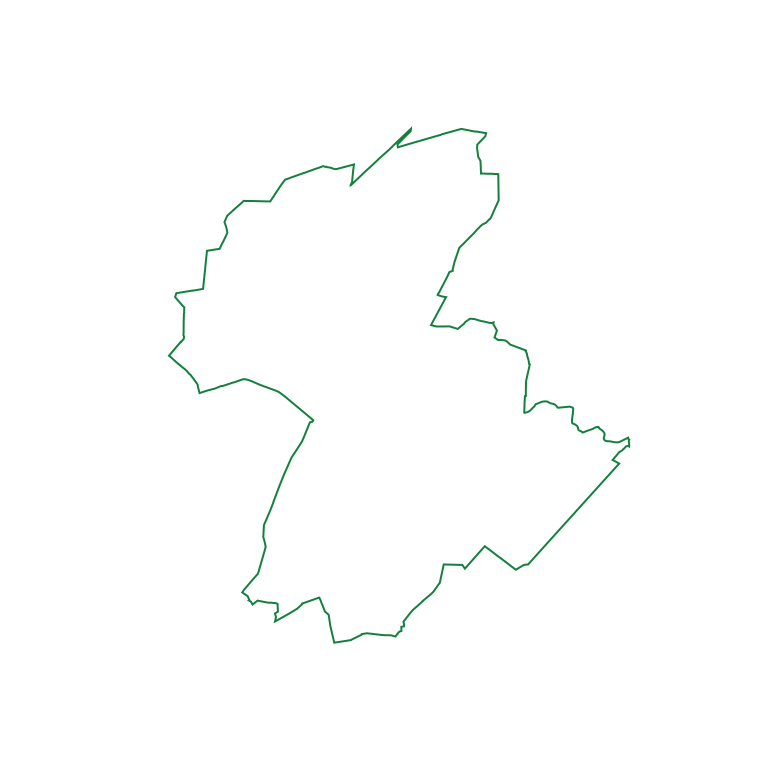 Dekšāres pag., Vilanu, Latvia, rotated 136°
{"feature_id": "27541924B87900075837764", "entity_name": "Dekšāres pag.", "entity_type": "district", "adm_level": 2, "iso_a3": "LVA", "parent_name": "Latvia", "parent_adm1": "Vilanu", "projection": "natural_earth1", "projection_center": [26.82, 56.612], "detail": "fine", "context": "isolated", "style": "outline", "palette": "green", "viewbox_px": 768, "rotation_deg": 136, "n_neighbors": 0, "source": "geoboundaries", "source_scale": "gbopen_adm2", "svg_char_len": 6094}
<svg xmlns="http://www.w3.org/2000/svg" viewBox="0 0 768 768"><g transform="rotate(136 384 384)"><path d="M270.1,163.4L272.3,170.5L261.9,171.6L259.8,171.0L258.6,170.8L257.4,170.9L255.9,170.8L254.2,170.9L253.4,170.9L252.6,170.7L251.6,170.1L251.2,169.4L251.1,168.8L250.2,169.5L248.7,171.4L248.1,172.3L246.9,173.4L246.5,173.7L246.3,173.7L246.3,174.0L246.4,174.6L245.7,175.8L254.8,178.7L255.9,179.3L256.9,180.1L259.3,182.8L260.9,185.4L262.5,187.1L263.4,188.1L264.2,189.6L264.3,190.4L264.2,191.4L263.9,191.9L263.2,192.6L262.2,193.3L261.2,193.9L260.4,194.4L259.9,195.0L259.6,195.8L259.3,197.5L259.4,199.3L260.0,202.6L259.7,203.3L259.6,203.7L259.6,204.1L260.6,205.1L261.9,205.8L263.0,206.2L264.6,206.6L265.5,206.9L266.5,207.3L267.5,207.9L268.6,208.4L270.1,209.0L273.0,210.3L274.5,210.9L274.9,211.2L274.9,211.3L274.9,212.2L275.3,213.7L275.8,214.7L276.0,215.7L275.9,216.1L275.5,216.9L274.8,217.9L274.6,218.5L274.2,219.8L274.7,222.1L275.1,223.2L275.5,224.1L275.8,224.9L275.6,225.5L273.8,227.5L270.0,230.6L269.3,231.1L268.4,231.5L268.3,231.9L268.0,232.3L267.2,233.0L266.7,233.3L265.8,234.0L265.3,234.6L264.9,235.1L264.7,235.5L264.8,236.0L265.8,238.2L266.1,238.7L275.4,246.1L275.5,246.7L275.2,248.7L275.4,250.6L276.1,252.1L277.1,253.7L277.8,255.0L278.0,255.5L278.5,257.0L278.5,257.5L278.7,257.9L279.3,258.7L280.9,260.2L282.7,261.5L283.3,261.8L286.5,263.0L288.7,264.0L289.3,264.0L289.5,263.9L290.0,263.9L290.8,263.6L291.6,263.5L297.0,263.4L298.4,263.5L298.9,263.6L300.6,264.3L301.5,264.7L302.0,265.0L302.5,265.4L303.0,266.0L296.9,271.9L296.3,272.5L291.1,277.3L290.4,276.8L284.6,282.7L279.5,287.6L265.5,296.8L265.7,297.8L264.3,299.4L263.3,301.1L261.4,304.8L260.4,306.2L259.6,307.8L259.5,308.9L258.6,309.5L265.8,324.6L266.0,327.9L266.1,329.8L266.5,331.0L269.3,334.5L270.0,335.1L271.4,336.4L272.2,340.7L268.5,342.5L265.6,344.1L263.8,351.0L262.4,352.2L264.2,353.1L265.5,354.5L268.4,359.0L270.3,361.7L273.8,367.8L276.6,371.1L277.9,371.4L282.5,372.1L284.7,371.8L292.7,372.4L296.8,379.9L301.6,384.4L306.2,388.8L309.3,393.7L279.0,403.4L279.8,404.3L281.5,406.8L283.6,410.7L283.1,411.1L282.5,411.3L281.8,411.4L280.4,411.6L280.2,411.8L264.0,417.2L259.3,419.1L255.8,417.7L255.5,418.4L248.5,422.8L237.9,428.3L236.0,429.3L235.8,429.4L235.4,429.6L233.3,429.7L229.5,429.7L218.6,430.0L215.0,430.0L209.7,430.4L204.8,430.5L202.4,430.4L198.6,429.1L194.2,429.3L192.8,429.2L192.0,429.3L191.6,429.4L187.1,431.2L182.2,433.2L174.1,436.4L173.8,436.6L156.0,455.6L156.2,455.8L159.4,459.1L160.1,460.0L161.0,461.0L162.0,461.9L162.8,462.7L163.0,462.8L165.6,465.6L166.5,466.5L167.6,467.8L168.0,468.0L166.4,469.8L165.3,471.1L163.7,472.8L159.6,477.5L158.4,482.0L153.2,489.0L150.6,491.4L139.1,491.8L136.3,493.5L142.5,501.9L143.0,502.1L151.2,513.8L168.7,523.3L171.2,524.3L171.3,524.5L190.8,534.8L193.8,536.4L209.5,544.6L207.9,547.0L200.4,547.2L189.1,547.4L187.3,548.9L207.2,549.1L217.7,549.0L230.0,549.5L240.8,549.6L250.9,549.9L261.7,549.9L269.7,550.0L270.0,550.1L269.8,550.3L266.8,551.4L266.3,551.6L265.7,552.3L258.7,558.3L253.1,562.8L269.1,571.7L269.6,572.2L270.9,574.0L271.6,575.7L273.2,578.2L273.7,578.6L274.2,579.3L274.5,580.4L275.2,580.7L275.7,581.4L276.0,582.4L276.6,583.1L278.2,583.7L281.9,585.4L283.7,586.3L286.6,587.6L287.1,587.8L287.8,588.1L288.4,588.4L289.0,588.7L292.9,590.4L294.7,591.2L294.8,591.3L296.0,591.9L307.2,597.0L310.8,598.5L313.2,599.7L318.9,598.8L323.9,597.7L329.6,596.5L333.8,595.5L338.6,594.5L338.9,594.3L341.2,596.5L351.3,606.8L356.2,611.6L357.7,613.2L360.5,613.2L370.3,613.7L380.0,613.9L386.3,611.3L388.3,606.8L391.5,601.7L392.1,601.4L401.3,597.9L402.7,597.6L408.3,595.4L418.8,602.8L443.2,582.2L448.1,578.1L455.2,582.9L457.4,584.6L469.3,592.9L470.3,593.6L473.9,591.6L474.0,589.9L474.2,586.1L474.3,584.4L474.3,583.3L474.5,581.3L474.5,581.2L474.4,581.2L474.5,579.8L474.4,577.9L477.1,575.3L478.2,574.1L479.5,573.2L480.9,571.7L482.1,570.6L485.7,567.1L492.8,559.8L494.3,558.6L494.6,557.8L494.7,557.4L494.9,557.1L496.5,555.6L501.0,555.2L501.0,555.5L519.0,553.7L518.8,552.2L518.6,549.9L518.6,549.4L518.3,544.8L518.2,543.7L517.9,540.4L517.7,539.6L517.5,536.7L516.9,532.7L516.9,532.1L516.8,530.0L516.8,529.9L516.9,528.7L517.1,527.2L516.8,525.3L517.0,523.6L517.4,519.9L517.7,518.2L518.4,513.3L519.9,511.0L523.0,505.6L515.4,501.9L508.7,498.1L502.8,495.8L501.4,494.6L492.6,490.4L489.8,488.9L483.3,485.9L481.7,485.1L479.8,482.8L479.0,481.4L477.3,478.1L474.3,470.7L471.5,464.8L469.5,460.7L466.7,454.9L465.3,451.6L464.9,449.9L464.6,448.0L463.8,442.1L461.6,421.9L461.1,417.1L460.1,407.7L460.0,407.1L460.4,406.8L462.2,406.9L462.3,406.8L463.4,407.5L463.5,407.7L463.9,407.9L477.3,402.0L483.1,399.5L495.4,396.7L501.4,395.4L518.2,388.6L529.4,383.6L534.9,381.0L544.9,376.3L545.0,376.3L545.4,375.9L554.0,371.9L560.2,369.3L568.4,365.9L571.3,363.2L576.8,358.1L577.2,357.6L579.1,354.1L582.1,349.2L582.3,349.0L590.7,344.1L606.4,335.1L614.0,334.5L616.2,334.3L628.0,333.2L630.8,332.5L629.4,326.2L630.8,322.4L631.6,322.4L631.3,321.4L631.0,320.4L631.0,319.7L631.7,316.6L629.1,316.4L625.4,316.0L622.1,311.2L618.9,306.7L617.7,305.8L615.6,303.2L614.0,301.5L613.3,299.8L618.5,293.9L621.8,294.7L623.5,291.6L624.0,291.1L624.8,290.5L626.0,289.8L627.4,288.9L621.9,287.4L611.5,284.7L603.1,282.8L603.0,282.7L596.2,282.5L595.6,282.5L595.4,282.9L579.0,275.4L579.0,275.2L579.9,272.4L580.8,270.4L581.4,269.2L581.6,268.2L581.9,267.6L582.8,265.7L583.8,263.0L584.6,261.5L584.5,261.3L584.1,256.6L584.2,256.3L590.5,247.5L595.1,239.8L597.8,235.3L599.5,232.5L585.8,222.8L585.7,222.9L574.6,219.3L574.4,219.3L573.8,219.6L569.4,216.5L559.6,204.6L557.8,202.6L554.2,199.1L553.4,198.2L551.3,194.5L551.2,194.4L549.2,194.7L548.2,194.7L548.2,194.9L546.3,195.2L545.7,195.2L545.2,195.2L544.5,195.0L543.1,194.2L540.2,197.3L537.9,195.8L536.8,196.9L536.2,197.6L535.7,198.5L535.2,199.5L522.9,201.2L520.7,201.4L507.0,200.8L507.0,201.0L501.3,200.6L497.3,200.3L493.5,200.2L486.4,201.4L485.9,201.6L481.9,202.2L481.6,202.5L480.5,203.2L466.4,212.7L453.3,199.4L454.1,195.0L424.2,197.3L422.5,186.7L421.8,181.8L419.6,168.2L418.2,158.9L416.0,158.3L411.1,157.2L409.1,156.7L408.3,156.2L407.3,155.4L405.8,154.1L369.8,156.6L270.1,163.4Z" fill="none" stroke="#15803d" stroke-width="2"/></g></svg>